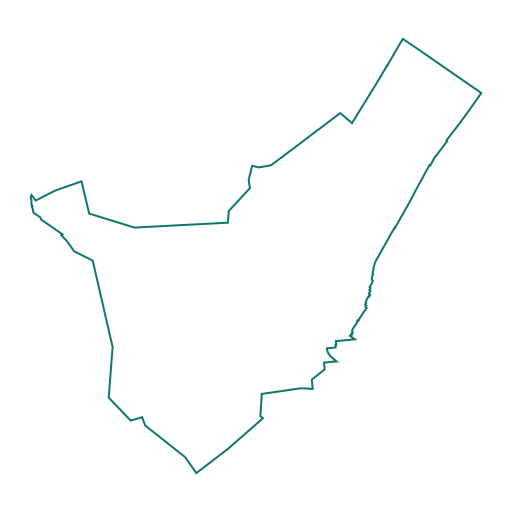 outline of Frontera, Coahuila, Mexico
{"feature_id": "50627088B59111908912503", "entity_name": "Frontera", "entity_type": "district", "adm_level": 2, "iso_a3": "MEX", "parent_name": "Mexico", "parent_adm1": "Coahuila", "projection": "natural_earth1", "projection_center": [-101.473, 26.954], "detail": "fine", "context": "isolated", "style": "outline", "palette": "teal", "viewbox_px": 512, "rotation_deg": 0, "n_neighbors": 0, "source": "geoboundaries", "source_scale": "gbopen_adm2", "svg_char_len": 4130}
<svg xmlns="http://www.w3.org/2000/svg" viewBox="0 0 512 512"><path d="M262.9,418.3L260.4,416.1L261.8,393.9L300.0,388.4L300.5,388.4L301.0,388.3L301.4,388.3L312.7,388.9L312.5,386.8L311.8,379.6L324.6,369.4L324.0,362.6L333.2,361.7L336.2,361.4L336.5,361.4L335.4,360.5L333.0,358.4L330.5,356.2L329.3,354.7L328.7,353.9L327.9,352.4L327.5,351.3L327.3,350.5L327.1,349.9L326.9,348.9L326.9,348.3L335.6,347.5L335.5,344.9L336.2,344.9L335.9,341.1L336.7,341.1L339.4,340.8L342.7,340.5L347.1,340.1L351.8,339.6L354.7,339.3L350.9,336.5L349.9,335.8L350.0,335.7L350.4,335.5L350.6,335.4L350.8,335.3L351.0,335.2L351.2,335.4L351.4,335.5L351.5,335.5L351.6,335.3L351.7,335.1L351.7,334.9L351.5,334.7L351.4,334.4L351.5,334.4L351.8,334.3L352.0,334.2L352.2,333.8L352.3,333.6L352.2,333.5L351.9,333.6L351.7,333.6L351.6,333.4L351.8,333.2L352.3,333.0L352.4,332.9L352.6,332.9L352.8,332.7L352.7,332.6L352.4,332.4L352.4,332.2L352.4,331.8L352.3,331.6L352.2,331.4L352.2,331.2L352.1,330.8L352.1,330.6L352.2,330.4L352.2,330.2L352.3,330.1L352.4,329.9L352.5,329.7L352.7,329.3L352.8,329.2L352.9,328.9L353.0,328.7L353.2,328.3L353.3,328.2L353.5,327.8L353.6,327.7L353.8,327.3L353.9,327.2L354.0,327.0L354.1,326.8L354.2,326.7L354.3,326.5L354.5,326.4L354.6,326.2L354.8,326.0L354.9,325.8L355.0,325.6L355.2,325.4L355.3,325.4L355.4,325.2L355.5,325.1L355.6,324.9L355.8,324.6L355.9,324.4L356.0,324.2L356.2,323.9L356.3,323.7L356.5,323.3L356.6,323.2L356.7,322.6L356.8,322.4L356.9,322.2L357.0,322.1L357.1,321.9L357.1,321.7L357.3,321.4L357.3,321.2L357.4,320.6L357.4,320.4L357.5,320.4L358.1,320.8L358.9,319.5L359.1,319.7L359.8,318.1L360.0,317.8L360.6,316.7L361.1,316.1L361.5,315.5L361.9,314.8L362.4,314.2L362.8,313.5L363.2,313.0L363.6,312.2L364.1,311.6L365.0,310.3L365.1,310.1L365.4,309.7L365.8,309.0L366.6,307.9L365.5,306.9L365.9,306.2L366.4,305.6L365.1,304.6L366.1,303.0L365.9,302.9L365.7,302.7L366.2,301.2L366.7,299.6L367.0,298.9L367.5,298.2L368.1,297.1L368.6,296.3L369.2,296.7L369.3,296.5L369.6,296.0L370.0,295.3L369.6,294.9L369.9,294.3L368.8,293.5L369.6,292.2L370.5,290.9L369.3,290.0L370.1,288.7L370.6,288.0L369.6,286.9L370.0,286.4L370.7,285.2L370.9,285.0L371.0,284.8L371.4,284.1L371.6,283.9L371.8,283.2L372.2,282.3L372.6,281.3L372.9,280.7L372.4,280.1L371.8,279.4L371.7,278.7L371.8,278.4L371.8,278.2L371.8,277.9L371.9,277.7L372.0,277.6L372.1,277.4L372.1,277.0L372.1,276.9L372.1,276.7L372.1,276.4L372.1,276.2L372.4,275.7L372.5,275.5L372.6,275.4L372.6,275.2L372.8,274.7L373.0,274.3L373.0,274.0L372.9,273.9L372.9,273.7L372.7,273.3L372.8,272.5L372.7,272.2L372.8,271.8L372.9,271.5L373.0,271.1L373.2,270.8L373.3,270.5L373.5,270.1L373.5,269.9L373.6,269.6L373.6,269.4L373.4,269.2L373.4,268.6L373.7,267.6L373.8,267.1L373.9,266.7L374.4,264.7L374.7,263.8L375.0,262.6L375.9,260.8L378.2,256.7L379.9,253.8L381.1,251.6L382.4,249.2L383.0,248.1L385.3,244.1L387.4,240.4L389.2,237.1L389.3,236.9L394.6,227.6L395.0,228.0L396.1,226.0L397.4,223.7L402.8,214.0L407.7,205.5L411.7,198.1L414.7,192.3L415.9,190.0L417.1,187.8L418.8,184.7L422.5,178.0L425.3,172.7L427.7,168.4L429.5,165.0L430.3,165.5L434.2,158.2L447.2,141.1L446.5,140.3L449.1,136.9L453.5,131.3L460.4,122.3L467.7,112.3L469.1,110.3L479.4,95.8L481.3,93.0L444.7,67.7L427.8,55.9L402.9,38.9L400.0,43.6L397.3,48.3L394.5,53.0L391.8,57.9L388.9,62.7L387.2,65.8L387.0,65.6L380.9,76.1L373.9,87.6L362.3,106.4L354.2,119.6L353.9,120.1L352.0,123.1L343.1,115.5L340.2,113.1L317.9,130.0L317.2,130.4L316.7,130.8L299.0,144.3L283.0,156.3L282.9,156.4L282.8,156.5L280.6,158.1L271.1,165.2L260.1,167.2L258.8,167.4L255.2,166.5L252.1,165.8L252.0,166.3L248.9,178.9L248.6,180.2L248.8,181.1L249.8,187.6L249.9,188.1L245.2,193.3L244.4,194.1L228.8,211.0L227.8,222.7L212.5,223.5L208.7,223.7L196.8,224.3L183.1,225.0L134.6,227.6L89.2,213.6L81.5,181.4L63.5,187.6L54.9,190.7L35.7,200.5L31.5,195.0L30.7,197.1L31.5,200.6L31.3,202.9L31.8,204.8L31.5,205.1L32.5,206.6L32.0,207.1L32.9,209.3L33.3,211.9L33.7,213.0L34.0,213.2L34.3,213.3L40.2,217.3L40.7,217.9L40.9,219.4L62.6,234.4L61.3,235.3L66.9,241.1L68.7,243.6L74.2,251.3L92.7,260.6L112.6,347.0L108.7,397.7L130.7,420.6L142.1,417.2L145.2,425.5L185.2,457.2L196.3,473.1L227.9,448.9L262.9,418.3Z" fill="none" stroke="#0f766e" stroke-width="2"/></svg>